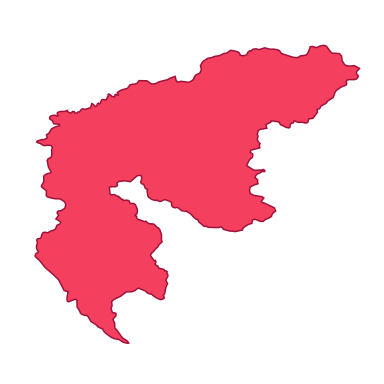 Formoso, Minas Gerais, Brazil (Equal Earth projection), rotated 94°
{"feature_id": "56859067B40805463906260", "entity_name": "Formoso", "entity_type": "district", "adm_level": 2, "iso_a3": "BRA", "parent_name": "Brazil", "parent_adm1": "Minas Gerais", "projection": "equal_earth", "projection_center": [-46.096, -15.072], "detail": "fine", "context": "isolated", "style": "filled", "palette": "rose", "viewbox_px": 384, "rotation_deg": 94, "n_neighbors": 0, "source": "geoboundaries", "source_scale": "gbopen_adm2", "svg_char_len": 6005}
<svg xmlns="http://www.w3.org/2000/svg" viewBox="0 0 384 384"><g transform="rotate(94 192 192)"><path d="M205.3,107.2L202.1,108.7L198.1,118.6L197.7,121.5L196.5,122.1L192.9,119.9L191.8,121.8L191.0,130.1L189.5,133.7L186.5,134.7L183.0,134.3L181.0,131.2L179.1,126.7L177.8,127.3L175.2,127.4L173.3,130.2L171.0,129.4L169.5,128.1L168.1,125.4L166.5,123.4L166.7,121.4L165.8,120.7L164.5,122.1L165.1,123.8L166.0,130.7L165.5,132.5L162.3,138.6L161.3,139.2L156.4,137.2L154.5,135.8L153.7,134.5L151.8,133.9L149.9,134.1L148.4,136.7L146.1,136.1L143.2,127.4L140.9,128.1L138.8,127.5L137.7,129.1L135.1,130.6L131.5,130.0L130.1,131.0L126.1,130.1L124.8,128.5L123.2,121.8L120.9,122.7L119.5,122.7L116.8,118.2L115.8,118.3L115.5,116.1L115.9,111.4L116.6,109.6L118.6,108.5L121.1,102.1L121.3,99.6L120.4,98.8L118.2,98.8L116.8,98.0L115.9,95.7L113.8,95.1L115.1,91.1L114.7,86.7L115.3,84.0L115.1,82.5L114.5,81.4L110.9,80.6L110.2,76.6L103.8,72.4L100.7,73.0L100.0,70.5L97.1,69.2L94.2,64.5L91.6,62.8L88.0,57.8L82.1,56.1L80.2,54.7L76.6,50.1L74.8,46.0L73.5,45.2L70.9,45.8L69.7,45.4L68.9,42.9L68.6,37.9L67.8,35.8L65.5,34.2L64.3,34.4L62.9,35.9L61.4,36.3L60.1,35.9L57.0,33.5L54.6,38.9L55.4,43.3L55.3,45.8L54.5,48.5L50.6,51.4L45.9,52.3L43.6,54.8L43.7,62.0L42.1,63.9L37.3,67.9L36.6,69.6L36.6,71.6L37.5,74.5L39.3,78.0L38.4,82.0L38.8,84.2L43.1,85.2L46.9,87.1L47.5,88.0L48.7,93.5L49.5,94.2L50.7,96.5L50.5,100.8L48.0,111.0L47.1,112.9L45.0,114.5L44.2,116.3L43.8,120.2L44.1,124.0L43.1,129.6L45.1,134.5L45.2,135.8L44.7,138.0L45.3,141.2L47.4,142.9L47.0,144.2L48.6,145.9L51.1,147.0L52.2,148.8L52.5,151.7L52.1,153.5L50.4,154.1L49.3,155.4L48.6,157.9L47.9,163.2L51.3,167.7L51.4,169.6L54.0,173.9L55.1,178.7L56.7,182.1L57.4,185.4L60.4,189.5L61.5,190.5L65.4,192.4L69.1,191.2L72.6,192.3L75.1,196.4L77.6,198.0L79.5,198.2L81.4,200.4L82.5,202.3L82.8,204.0L82.3,210.5L83.4,213.4L82.8,214.8L81.8,215.6L77.8,216.9L80.1,221.9L81.8,224.6L84.2,232.1L86.5,236.1L86.9,237.7L86.9,240.2L84.2,244.7L84.6,252.6L87.6,254.5L88.6,257.5L88.5,259.0L89.2,260.1L89.7,261.8L90.9,262.0L93.2,263.8L95.0,269.2L97.0,272.4L98.1,273.4L99.2,272.5L100.6,272.4L100.6,273.8L99.8,274.5L100.4,275.6L102.5,275.9L102.2,278.6L100.7,280.3L100.1,282.1L101.0,282.6L102.1,282.0L102.9,282.9L106.0,283.9L106.0,288.1L106.9,288.9L109.8,289.5L110.6,290.5L109.8,291.5L110.8,292.6L112.6,293.0L113.5,294.3L111.5,296.6L110.8,298.1L115.0,299.1L117.1,304.8L116.6,306.2L116.9,307.7L119.8,309.8L120.3,311.6L121.3,312.5L121.5,314.2L120.1,314.9L120.1,316.9L121.5,317.8L121.7,319.0L120.3,322.2L119.4,322.0L120.5,325.0L120.9,329.2L122.1,331.7L123.4,332.0L125.3,330.8L125.6,332.6L124.9,334.2L125.2,335.7L126.0,338.1L127.0,339.0L128.2,339.3L129.3,338.7L130.5,336.4L133.6,334.6L133.7,329.0L135.2,328.8L136.1,331.9L138.7,336.5L143.4,338.9L145.1,341.2L147.6,340.2L148.7,340.8L150.2,343.9L150.1,345.3L150.6,346.7L152.0,350.0L152.9,350.5L153.7,349.0L154.2,346.5L156.0,343.6L155.9,341.1L155.3,339.1L155.5,335.7L157.5,334.3L159.4,335.0L162.8,334.5L167.1,334.8L168.8,337.7L170.5,338.7L177.3,336.9L181.9,334.0L182.9,334.6L183.9,338.0L186.0,340.7L187.5,341.0L191.1,340.5L192.6,340.8L196.1,342.6L197.4,342.4L200.6,337.9L201.6,337.2L205.4,337.2L206.3,336.7L207.0,335.7L207.9,331.5L208.3,327.8L208.1,323.3L209.7,319.9L210.8,318.5L212.5,317.3L213.9,317.1L216.9,317.7L217.8,318.6L219.6,320.9L220.1,323.6L221.1,324.9L222.2,325.1L224.7,323.5L228.4,325.9L230.4,321.8L231.4,320.8L233.1,321.5L234.6,324.4L238.4,325.6L239.2,326.5L240.9,330.4L242.7,332.8L242.4,336.4L243.0,337.8L245.0,338.8L248.6,339.6L249.5,342.7L250.7,343.6L253.2,342.7L257.1,343.4L258.3,343.2L260.9,342.3L262.0,341.0L263.0,341.4L263.9,342.9L265.2,343.8L266.5,344.1L267.6,343.6L271.1,339.1L277.6,333.2L284.4,324.1L288.9,318.9L299.1,312.7L299.6,311.4L299.9,308.7L306.4,309.3L309.4,308.9L310.2,307.7L307.2,301.3L307.5,299.7L309.1,299.1L314.8,298.6L317.6,296.4L320.8,294.7L321.8,293.0L322.5,291.0L322.7,287.6L328.2,283.8L331.3,278.2L333.2,276.3L334.8,271.8L337.3,270.0L338.9,268.3L342.5,262.6L343.7,259.3L344.3,254.3L346.5,250.6L347.0,248.7L347.4,245.8L347.1,244.6L345.3,246.0L342.1,251.5L335.2,257.1L333.0,259.5L328.0,260.0L325.7,261.6L324.3,261.8L320.6,259.2L318.6,259.3L318.0,260.3L318.0,262.1L317.2,263.3L316.0,263.8L313.4,264.7L311.4,263.8L306.8,264.5L304.4,262.1L301.1,256.1L296.2,250.6L295.7,245.2L294.2,241.8L292.1,239.7L291.7,238.3L294.1,231.5L295.7,229.6L296.4,227.9L297.0,224.6L297.9,223.9L300.6,219.1L301.5,216.1L301.4,214.8L300.7,213.4L299.7,212.2L297.3,213.3L295.4,212.2L288.9,211.4L285.1,210.0L282.0,211.8L280.6,211.6L277.9,210.2L276.3,210.3L274.5,211.4L273.2,211.2L272.5,212.4L272.3,214.0L271.2,214.5L270.4,219.5L268.1,221.2L267.5,222.9L266.7,223.7L264.3,223.1L262.8,223.7L263.0,225.1L258.5,228.9L256.0,228.3L254.7,226.8L250.5,223.7L249.9,222.7L247.1,221.3L243.6,218.3L242.3,219.1L236.7,219.4L232.2,221.3L230.2,222.9L229.9,224.1L226.8,227.6L226.5,229.8L226.7,231.5L226.2,233.6L224.3,236.0L224.9,237.1L222.7,244.8L221.4,245.5L220.0,245.5L219.5,247.0L218.4,246.8L217.6,245.4L214.3,245.1L212.6,245.5L208.4,247.7L207.5,249.6L207.7,251.7L207.3,253.0L205.0,254.4L204.7,256.4L205.2,260.1L204.2,260.5L204.0,262.1L202.9,263.0L202.4,264.9L201.5,264.7L201.2,266.7L200.0,269.1L200.5,272.5L199.4,273.7L193.3,274.7L192.4,273.5L192.1,269.0L191.7,267.7L190.7,266.8L188.1,267.5L186.6,265.5L185.5,260.0L186.0,254.2L179.6,247.8L179.0,245.4L179.5,243.6L182.0,243.1L186.0,243.8L187.2,242.9L187.5,241.6L188.3,240.4L191.8,238.7L192.5,236.4L194.4,236.9L199.2,235.7L200.3,234.9L202.3,231.4L202.9,228.3L202.7,226.1L203.7,223.8L203.4,222.1L201.7,219.5L201.7,217.3L203.6,211.8L206.9,211.4L208.2,210.4L209.0,208.1L208.5,206.2L208.8,204.5L211.4,201.0L211.7,195.9L213.8,192.0L217.1,188.5L218.9,185.9L219.0,184.4L221.6,182.9L225.5,177.3L225.2,175.9L226.1,172.9L225.7,163.0L224.6,160.7L225.6,159.2L227.1,158.0L228.4,151.1L228.2,149.8L228.5,146.2L226.4,138.9L224.2,138.4L221.6,135.2L220.5,133.7L219.1,130.0L216.0,129.8L215.1,128.7L214.9,126.8L216.5,121.8L216.4,119.0L214.1,116.6L212.9,113.9L210.8,111.0L208.8,110.6L206.8,109.3L205.3,107.2Z" fill="#f43f5e" stroke="#9f1239" stroke-width="1.5"/></g></svg>